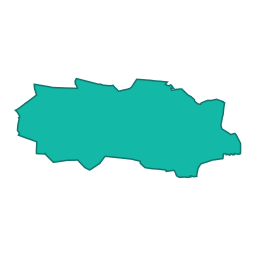 Sutru pag., Livanu, Latvia (Equal Earth projection)
{"feature_id": "27541924B27352214783038", "entity_name": "Sutru pag.", "entity_type": "district", "adm_level": 2, "iso_a3": "LVA", "parent_name": "Latvia", "parent_adm1": "Livanu", "projection": "equal_earth", "projection_center": [26.515, 56.305], "detail": "fine", "context": "isolated", "style": "filled", "palette": "teal", "viewbox_px": 256, "rotation_deg": 0, "n_neighbors": 0, "source": "geoboundaries", "source_scale": "gbopen_adm2", "svg_char_len": 5083}
<svg xmlns="http://www.w3.org/2000/svg" viewBox="0 0 256 256"><path d="M15.4,110.3L15.6,110.5L15.9,110.7L16.3,111.2L16.8,111.6L17.1,112.0L17.5,112.4L17.7,112.7L17.8,112.9L18.1,113.5L18.5,114.2L18.7,114.6L19.1,115.2L19.3,115.4L19.5,115.7L19.6,115.8L19.6,116.3L19.6,116.8L19.5,117.1L19.5,117.3L19.4,117.3L18.6,117.6L18.6,117.8L18.7,118.0L19.0,118.4L19.2,118.6L19.3,118.7L19.3,118.8L18.9,120.1L18.1,124.0L17.8,125.7L17.7,127.1L17.6,129.0L17.5,129.7L17.5,130.6L17.6,130.8L18.3,131.6L18.8,132.4L19.2,132.9L19.4,133.3L19.5,133.4L19.5,133.5L19.4,133.7L19.2,133.9L18.6,134.8L18.4,135.1L24.0,137.2L29.9,139.3L32.1,140.1L33.8,140.7L36.8,141.8L36.8,142.4L36.7,143.4L36.7,144.7L36.6,145.8L36.6,146.5L36.5,148.9L36.5,149.0L36.4,150.3L36.4,151.2L36.4,151.3L36.4,151.9L36.4,153.5L36.5,153.6L37.9,153.7L41.2,153.8L43.3,153.9L45.0,154.0L45.1,153.9L45.1,154.0L45.7,154.6L47.2,156.1L48.3,157.2L51.1,160.0L53.4,162.3L57.0,161.8L62.6,161.0L65.2,160.6L65.3,160.5L65.5,160.5L66.5,160.4L67.5,160.3L68.7,160.3L69.7,160.3L71.9,160.2L72.0,160.2L72.3,160.2L74.1,160.2L75.6,160.1L77.7,160.0L79.9,162.4L81.2,163.8L82.4,165.0L82.6,165.2L84.6,167.3L85.1,167.7L89.7,170.0L93.9,167.3L94.5,166.9L99.8,163.4L102.3,159.9L105.0,156.3L118.8,157.7L129.8,158.9L131.2,159.0L134.3,159.8L140.2,161.2L140.3,163.3L145.0,167.6L152.1,168.7L154.0,168.8L155.7,168.9L155.8,168.9L157.5,169.0L165.7,170.0L166.2,171.4L171.1,170.7L173.6,170.3L174.4,171.0L174.9,171.4L175.0,171.6L176.5,175.6L176.9,176.0L179.6,177.4L179.9,177.3L184.6,177.0L185.9,177.2L187.4,177.3L190.7,177.0L190.4,175.9L190.6,175.9L191.8,176.1L193.0,176.5L193.4,176.6L193.6,176.7L196.6,176.4L196.8,176.4L196.8,175.5L196.8,174.4L196.8,173.9L196.9,173.6L197.6,170.5L198.0,168.5L199.3,166.2L200.8,163.9L203.5,163.0L205.6,162.3L206.4,162.1L212.6,160.0L212.8,160.0L213.3,159.9L214.2,159.8L215.3,159.7L218.4,159.2L222.9,158.6L223.3,155.3L223.3,155.1L223.5,154.2L223.5,153.9L223.8,154.0L224.1,154.0L224.3,153.9L224.6,153.7L224.9,153.6L225.1,153.6L225.4,153.7L225.6,153.8L225.9,154.1L226.0,154.3L226.0,154.5L226.2,154.8L226.3,154.8L226.5,154.7L226.8,154.5L226.8,154.4L227.1,154.3L227.2,154.2L227.4,154.3L227.7,154.4L228.2,154.6L229.2,155.0L229.5,155.1L229.8,155.1L230.0,155.0L230.0,154.9L230.1,154.3L230.2,154.1L230.3,153.9L230.5,153.9L230.8,153.8L231.1,153.8L231.3,153.8L231.6,154.2L232.0,154.6L232.3,154.8L232.6,154.7L232.8,154.5L233.2,154.6L233.5,154.7L233.9,154.8L234.3,154.7L234.5,154.6L234.6,154.4L234.5,154.2L234.1,153.8L234.3,153.6L234.6,153.6L234.9,153.6L235.5,153.7L235.8,153.8L236.2,153.9L236.6,154.0L237.2,154.1L237.5,154.2L237.8,154.2L238.4,154.3L238.7,154.2L238.9,154.2L239.2,154.1L239.6,154.0L239.9,153.9L240.0,153.6L240.0,153.3L240.0,153.2L240.3,153.1L240.5,153.2L240.5,151.8L240.6,147.2L240.5,144.6L240.5,143.3L239.9,142.1L237.7,137.9L236.9,136.2L236.6,135.7L236.3,135.2L236.0,134.6L235.8,134.4L234.8,133.4L234.7,133.4L230.6,134.6L229.4,133.6L228.9,133.2L228.0,132.7L226.4,131.6L225.4,131.1L223.6,129.9L221.9,129.0L221.6,127.9L221.3,126.8L220.9,124.7L220.9,124.4L221.5,121.9L222.1,118.7L222.2,117.7L222.8,115.8L223.1,114.0L223.2,113.6L223.3,112.7L223.4,111.5L223.7,108.3L223.7,108.2L224.6,102.7L223.0,102.2L223.1,101.6L222.4,101.4L221.6,101.1L216.7,99.4L216.3,99.3L216.2,99.4L212.2,100.3L211.6,100.5L211.4,100.5L210.3,100.5L210.1,100.4L207.9,100.4L207.6,100.4L207.3,100.5L201.6,102.8L201.3,103.0L200.9,103.5L200.6,103.8L200.5,104.0L200.5,104.3L200.2,104.3L197.9,103.9L197.1,103.3L195.0,101.6L194.9,101.5L194.7,101.4L194.5,99.9L193.7,99.1L192.5,98.0L191.1,96.7L190.9,96.6L187.9,95.0L186.9,94.0L184.3,91.4L182.3,89.6L181.8,89.0L181.7,89.0L180.6,89.0L179.8,89.0L179.5,89.0L178.7,89.2L177.6,89.3L177.1,89.4L176.9,89.3L175.1,89.7L173.7,90.0L171.7,90.4L170.8,88.2L173.5,88.2L173.4,88.1L172.8,87.7L172.7,87.5L172.7,87.0L172.6,86.8L172.4,86.5L172.1,86.2L171.7,85.8L171.2,85.3L170.8,84.8L170.7,84.8L169.6,85.4L169.2,85.6L168.6,85.9L167.6,85.5L166.6,85.0L165.6,84.6L165.3,84.5L165.3,84.4L166.9,82.5L167.3,82.0L162.9,81.6L161.9,81.5L161.4,81.4L154.6,80.9L154.2,80.8L151.7,80.5L151.1,80.5L151.0,80.4L148.9,80.2L147.2,80.1L142.1,79.7L139.8,79.5L138.3,79.4L137.6,79.4L136.8,79.3L136.5,79.6L134.8,82.2L131.5,87.2L130.2,88.2L129.9,88.4L125.6,89.8L125.4,89.6L121.3,90.6L118.6,91.3L117.5,90.1L115.8,88.3L115.6,88.3L113.8,86.3L113.0,85.3L111.6,85.7L109.4,85.7L107.4,85.6L104.6,85.3L103.2,85.2L100.4,84.1L99.1,84.4L76.4,78.6L75.9,79.4L75.1,81.1L75.0,81.3L75.5,82.5L75.4,82.6L75.3,83.8L75.5,84.4L75.6,84.5L75.8,84.7L76.1,84.9L76.5,85.4L76.7,86.2L77.2,87.5L77.5,88.2L77.4,88.3L77.2,88.4L72.1,88.2L68.7,88.1L66.9,88.1L60.1,87.8L56.6,87.7L54.8,87.6L52.9,87.5L51.8,87.4L49.2,86.8L47.0,86.4L46.2,86.3L45.6,86.2L45.4,86.2L42.4,85.6L39.3,85.2L38.6,85.0L37.7,84.9L35.4,84.5L35.4,84.4L35.2,84.4L34.4,84.3L34.2,84.3L34.4,86.6L34.4,87.0L34.5,88.0L34.6,88.6L35.1,90.2L35.9,92.9L36.0,93.2L36.2,93.9L36.4,94.5L36.7,94.9L34.4,96.7L31.5,98.9L30.3,99.8L27.8,101.7L26.9,102.3L27.0,102.3L27.0,102.5L25.9,102.9L24.5,104.0L24.2,104.3L22.1,105.9L21.2,106.6L20.8,106.9L20.2,107.3L19.6,107.8L19.1,108.2L18.9,108.3L17.7,109.1L17.4,109.3L15.4,110.3Z" fill="#14b8a6" stroke="#0f766e" stroke-width="1.5"/></svg>